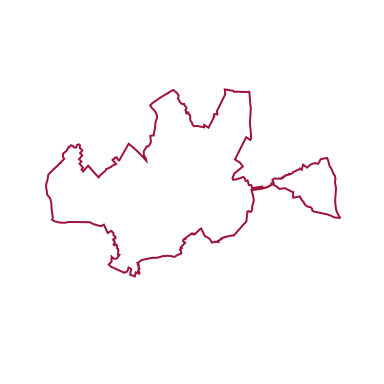 Satu Mare, Satu Mare, Romania (Equal Earth projection), rotated 52°
{"feature_id": "2599482B28482924901010", "entity_name": "Satu Mare", "entity_type": "district", "adm_level": 2, "iso_a3": "ROU", "parent_name": "Romania", "parent_adm1": "Satu Mare", "projection": "equal_earth", "projection_center": [22.859, 47.796], "detail": "fine", "context": "isolated", "style": "outline", "palette": "rose", "viewbox_px": 384, "rotation_deg": 52, "n_neighbors": 0, "source": "geoboundaries", "source_scale": "gbopen_adm2", "svg_char_len": 5941}
<svg xmlns="http://www.w3.org/2000/svg" viewBox="0 0 384 384"><g transform="rotate(52 192 192)"><path d="M114.3,309.8L119.3,313.3L126.5,317.4L127.3,318.4L127.7,319.4L130.6,318.3L134.8,314.9L137.4,311.8L138.9,309.5L139.4,308.1L140.3,306.9L152.9,291.1L153.1,291.1L157.0,289.2L160.1,287.0L162.8,284.8L163.5,281.5L172.4,283.7L172.8,280.6L172.7,279.8L173.5,279.4L174.5,279.4L175.8,279.1L176.8,279.9L178.0,280.4L179.7,280.0L181.1,280.5L181.4,280.9L181.2,281.6L180.9,282.0L181.1,282.8L180.9,283.4L181.6,283.7L182.9,283.3L183.7,283.9L184.3,283.9L184.8,284.9L185.0,286.0L185.6,286.2L186.3,285.8L186.5,285.6L186.4,284.7L186.5,284.3L186.8,284.0L187.4,284.0L188.8,284.4L189.4,285.3L190.0,285.7L190.4,285.7L191.2,285.3L192.3,285.9L192.7,285.9L193.1,286.4L194.5,287.7L195.9,288.9L196.8,288.0L197.8,290.8L198.0,292.3L197.6,293.3L196.0,294.9L193.5,295.2L196.8,297.9L197.3,298.1L197.9,302.3L201.1,301.8L213.5,295.3L213.9,295.0L214.7,292.4L214.6,291.8L214.1,290.8L212.5,288.5L214.8,287.4L215.4,287.4L219.1,291.7L223.3,289.0L220.7,285.9L223.9,283.8L223.2,283.0L222.5,282.9L222.1,283.4L221.8,283.6L221.5,283.5L221.4,283.5L221.1,282.5L220.6,282.4L220.2,282.0L220.1,281.6L220.3,280.7L218.9,280.3L218.2,280.5L217.6,280.1L217.4,279.3L217.2,279.2L216.4,279.5L215.7,279.4L215.5,279.0L215.8,278.6L215.4,278.3L214.5,278.6L214.2,278.6L214.5,277.1L214.7,273.5L215.2,272.4L219.2,264.2L220.3,262.5L221.4,261.4L222.6,259.3L224.0,256.1L224.6,254.2L225.9,252.9L226.5,251.4L229.4,248.1L232.0,246.2L232.4,245.3L232.5,245.1L232.5,243.5L233.7,238.2L231.8,237.1L231.5,237.0L229.9,237.0L229.9,234.7L229.2,235.0L228.7,235.0L228.1,230.5L227.7,228.6L225.3,229.4L224.2,228.0L224.9,226.3L224.2,226.3L224.5,217.8L225.1,217.8L225.2,216.9L226.4,216.9L226.4,215.6L227.1,215.5L226.3,209.6L226.4,207.3L231.4,208.2L232.8,208.7L234.4,209.0L235.6,208.6L237.6,207.6L239.5,207.0L241.4,207.0L244.0,207.5L245.5,205.0L245.3,204.7L245.7,204.0L247.7,202.0L246.5,201.6L247.3,197.9L246.6,197.8L247.4,194.4L247.7,194.4L248.6,191.8L248.8,191.8L250.2,188.5L251.2,186.7L251.8,186.0L252.0,185.9L249.5,172.1L249.2,171.1L249.1,169.4L248.6,167.1L248.1,166.8L241.5,160.2L241.9,159.3L243.3,158.4L243.9,157.5L242.7,155.1L240.1,153.2L238.6,150.8L237.1,149.0L236.1,148.1L232.0,146.0L226.9,143.8L228.0,142.6L232.6,134.6L232.9,133.7L234.7,129.6L235.3,124.6L236.1,123.0L236.9,123.2L239.1,122.2L242.3,121.4L243.3,121.3L246.3,116.3L254.2,112.7L254.5,112.3L256.8,114.5L258.9,115.7L261.9,109.7L262.3,109.9L266.3,110.5L267.1,110.5L268.1,110.1L270.3,110.7L271.1,110.7L272.5,110.6L275.2,109.6L276.5,108.2L277.7,107.8L279.2,107.7L279.6,107.9L280.1,108.4L280.8,108.6L282.5,107.9L293.3,98.9L296.5,97.0L299.4,95.7L303.3,91.7L303.3,91.2L299.0,90.6L295.4,89.6L294.0,89.0L288.1,85.4L285.2,83.0L278.1,76.5L276.3,75.4L272.5,73.5L270.9,71.8L269.1,70.3L267.4,69.5L264.1,69.2L259.4,67.8L256.2,67.6L251.5,65.5L248.5,64.6L246.5,68.0L245.5,70.3L245.5,70.7L247.5,75.2L245.0,77.3L243.8,79.9L243.5,80.8L243.4,82.2L243.6,86.3L238.9,87.6L239.2,88.2L242.0,91.8L240.9,92.4L239.9,92.7L240.2,93.5L239.5,95.8L238.8,99.3L238.6,99.7L238.6,100.2L238.9,100.8L238.9,101.9L238.5,103.0L237.6,104.2L238.2,104.3L237.2,106.6L236.5,107.6L236.8,107.8L236.8,108.0L236.7,108.5L236.7,109.0L236.3,110.0L236.7,110.0L236.7,111.2L236.2,112.1L236.7,112.1L236.7,113.0L236.5,113.6L234.6,115.6L234.1,116.5L232.2,118.5L231.9,119.2L232.0,121.3L235.0,121.9L234.6,123.2L234.0,124.1L235.2,124.6L234.4,129.7L232.5,134.1L231.0,133.3L226.0,142.1L222.9,141.1L221.4,142.9L217.1,141.1L216.3,143.0L215.0,142.5L213.2,142.0L211.6,142.4L210.7,146.1L210.3,146.5L209.5,148.9L208.1,151.6L207.5,152.1L206.7,151.6L206.0,151.6L203.5,147.3L203.2,136.2L198.5,136.1L192.8,138.1L182.2,115.6L186.9,114.0L186.3,112.8L185.7,112.1L184.4,111.0L173.4,104.0L162.5,94.3L157.3,91.1L150.9,86.8L148.4,85.2L143.3,91.8L142.8,92.3L142.7,92.2L138.8,97.3L137.5,97.3L137.3,97.5L131.4,103.0L135.5,105.7L143.5,122.4L146.5,124.3L144.3,126.4L144.3,126.6L145.7,128.3L146.3,128.1L151.5,139.4L146.7,141.1L148.4,142.7L143.1,147.3L141.4,149.9L140.2,150.2L138.5,149.9L136.7,149.2L135.5,149.4L134.8,149.2L132.8,148.2L132.1,147.3L131.2,146.7L129.9,146.3L129.7,146.1L128.6,146.5L127.8,146.4L127.2,146.1L126.7,146.1L126.5,146.7L127.0,147.5L126.6,148.1L126.4,148.1L125.6,147.6L125.3,147.2L123.6,146.9L123.3,146.5L123.1,145.5L122.8,145.1L122.5,144.7L121.8,144.4L120.1,144.4L119.3,144.7L117.8,144.0L117.1,145.1L115.8,146.0L113.4,146.0L113.2,146.1L111.4,145.6L110.7,145.7L109.5,145.3L109.2,144.6L108.6,144.1L107.7,143.1L104.6,142.9L102.4,143.5L100.4,143.7L99.9,144.3L99.7,146.7L99.3,148.4L99.3,149.0L99.5,149.7L99.4,150.2L99.4,150.5L99.1,150.6L98.1,158.9L97.6,168.5L98.0,171.6L100.6,171.9L105.2,171.4L107.3,171.7L109.6,172.3L110.6,172.7L111.2,173.2L112.1,174.0L114.3,177.5L115.2,178.5L119.3,182.3L123.0,186.7L123.8,187.3L122.1,190.2L127.5,193.8L128.2,195.4L128.7,196.7L129.0,197.0L129.1,198.0L128.9,198.9L128.1,199.6L128.9,201.1L130.2,205.0L130.9,205.5L131.5,206.0L133.5,207.2L134.4,207.5L137.1,207.8L138.6,208.3L139.4,208.8L133.0,209.2L127.1,209.9L120.8,210.9L115.0,212.2L122.3,229.8L121.6,230.4L118.3,230.1L118.0,231.2L117.5,231.5L117.9,232.7L117.8,233.4L117.6,233.9L117.8,234.9L123.2,234.6L122.7,237.0L122.2,238.2L122.4,239.7L122.4,240.7L122.0,241.9L121.8,243.5L121.1,245.4L122.0,247.0L122.2,253.5L122.4,254.7L123.1,256.5L118.4,257.0L114.2,257.2L109.6,257.6L109.6,257.3L107.3,257.7L108.8,265.2L106.3,265.2L105.9,262.9L100.5,263.2L99.9,260.4L96.6,260.8L95.6,256.0L92.5,256.3L91.8,252.8L89.1,253.1L88.5,253.4L87.2,252.6L87.0,252.2L86.6,251.7L86.1,251.5L85.3,251.6L84.6,252.1L84.2,253.3L84.4,254.2L85.5,255.6L85.6,255.9L85.3,256.5L84.4,257.4L83.6,257.6L82.3,257.5L80.7,258.6L81.1,261.2L80.7,261.5L81.1,261.7L81.4,263.5L82.4,265.8L82.3,269.5L82.7,269.9L82.7,270.1L83.0,270.6L84.7,271.9L85.6,272.1L87.2,272.2L87.8,276.8L88.0,276.9L88.3,277.3L88.0,278.1L88.6,282.6L88.8,286.4L89.8,294.4L94.2,299.3L95.9,302.0L98.2,303.9L102.3,306.1L105.0,307.8L108.5,307.6L110.5,308.0L114.3,309.8Z" fill="none" stroke="#9f1239" stroke-width="2"/></g></svg>